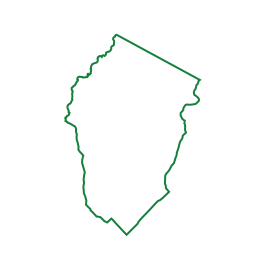 Tala, Canelones, Uruguay (Robinson projection), rotated 315°
{"feature_id": "84410073B98318272763816", "entity_name": "Tala", "entity_type": "district", "adm_level": 2, "iso_a3": "URY", "parent_name": "Uruguay", "parent_adm1": "Canelones", "projection": "robinson", "projection_center": [-55.755, -34.328], "detail": "fine", "context": "isolated", "style": "outline", "palette": "green", "viewbox_px": 256, "rotation_deg": 315, "n_neighbors": 0, "source": "geoboundaries", "source_scale": "gbopen_adm2", "svg_char_len": 4673}
<svg xmlns="http://www.w3.org/2000/svg" viewBox="0 0 256 256"><g transform="rotate(315 128 128)"><path d="M212.8,144.8L185.9,54.2L185.6,53.8L184.8,53.5L183.4,54.2L182.3,53.8L181.1,54.0L180.1,54.9L179.9,56.2L179.3,57.2L177.9,58.2L176.7,59.3L175.6,59.2L174.4,58.8L173.5,58.9L172.8,59.4L171.9,60.4L169.5,60.9L168.4,60.4L167.6,59.9L166.3,59.3L165.7,59.3L165.0,60.0L163.9,60.5L162.4,60.5L162.2,59.6L161.8,58.9L161.1,58.7L160.4,59.1L159.7,59.3L159.7,58.3L159.4,57.5L158.4,56.9L157.4,56.7L156.9,57.2L156.3,56.9L155.3,57.6L154.7,58.6L154.1,59.2L153.2,59.5L152.0,59.5L151.0,58.9L149.8,58.3L148.6,57.9L147.6,57.6L146.5,58.0L145.6,58.3L144.6,59.0L144.1,59.5L143.9,59.7L143.7,59.7L143.6,59.9L143.5,60.0L143.3,60.0L143.2,60.4L143.0,60.6L143.0,60.8L142.9,60.9L142.8,61.0L142.7,61.0L142.5,61.3L142.4,61.3L142.2,61.5L141.1,62.2L141.0,62.3L140.8,62.4L140.8,62.5L140.7,62.7L140.6,62.9L140.3,62.9L140.1,62.9L139.4,63.0L139.0,63.2L138.9,63.2L138.5,63.1L138.4,63.0L138.4,62.9L138.2,62.5L138.2,62.3L138.2,62.1L138.3,62.0L138.3,61.8L138.2,61.7L138.1,61.4L137.9,61.3L137.4,61.5L137.1,61.7L136.9,61.8L136.7,61.9L136.7,62.0L136.7,62.4L136.7,62.6L136.6,62.8L136.4,62.9L136.3,63.0L136.2,63.0L135.9,63.0L135.5,63.2L135.4,63.2L135.1,63.1L134.9,63.0L134.8,62.9L134.7,62.8L134.7,62.7L134.4,62.4L134.0,62.1L133.7,61.9L133.4,61.8L133.0,61.5L132.6,61.1L132.4,60.9L132.3,60.7L132.1,60.6L132.0,60.3L132.0,60.2L131.8,60.0L131.8,59.8L131.6,59.8L131.6,59.6L131.4,59.3L131.3,59.2L131.1,58.9L130.9,58.6L130.7,58.4L130.6,58.2L130.4,58.0L130.2,57.7L129.6,57.1L129.2,57.0L128.8,56.8L128.6,56.8L128.4,56.8L128.0,56.9L127.5,57.0L127.1,57.2L127.0,57.3L126.8,57.4L126.7,57.5L126.7,57.8L126.7,58.3L126.7,58.6L126.5,58.8L125.9,58.9L125.6,59.0L125.3,59.2L124.9,59.2L124.6,58.9L124.4,58.9L124.1,59.1L123.9,59.2L123.5,59.3L123.2,59.5L122.8,59.7L122.4,59.8L122.1,59.8L121.8,59.9L121.5,60.1L121.4,60.1L121.2,60.1L120.4,60.2L120.1,60.2L119.8,60.1L119.6,59.9L119.1,59.8L118.9,59.8L118.5,60.0L118.4,60.0L118.2,60.0L117.9,59.9L117.6,59.8L117.2,59.8L116.9,59.8L116.7,59.8L116.4,59.9L116.3,60.0L116.2,60.1L116.0,60.3L115.7,60.8L115.4,61.1L115.2,61.4L115.1,61.5L114.9,62.1L115.0,62.7L114.9,62.8L114.7,63.0L114.4,63.3L114.1,63.5L113.7,63.6L113.2,64.0L112.9,64.2L112.7,64.3L112.4,64.7L112.3,64.8L111.6,65.5L111.4,65.9L111.2,66.1L110.6,66.7L110.4,66.9L109.3,67.6L109.2,67.9L109.1,68.0L108.9,68.3L108.6,68.7L108.5,68.8L108.2,68.9L107.5,68.9L107.4,69.0L106.9,69.1L106.3,69.4L105.8,69.7L105.6,69.7L105.3,69.7L105.2,69.8L104.8,69.8L104.6,69.8L104.4,69.7L104.1,69.8L103.9,69.7L103.5,69.5L103.0,69.5L102.7,69.5L102.6,69.4L102.2,69.3L101.8,69.4L101.5,69.5L101.1,69.6L100.8,69.8L100.7,69.9L100.5,70.0L100.4,70.0L100.2,70.1L99.4,71.0L99.2,71.4L99.0,72.0L98.9,72.3L98.7,72.9L98.7,73.0L98.4,73.6L98.1,73.9L98.0,74.0L97.9,74.1L97.6,74.4L97.4,74.6L97.2,74.8L97.1,75.2L97.4,75.3L97.5,75.5L97.5,75.9L97.4,76.0L96.9,76.1L96.5,76.3L96.0,76.6L95.9,76.6L95.6,76.8L95.2,76.9L94.7,76.8L94.3,76.7L94.2,76.7L93.9,76.5L93.7,76.4L93.4,76.5L92.9,76.5L92.4,76.6L92.1,76.8L91.9,76.9L91.6,76.7L91.4,76.7L91.2,76.4L90.9,76.4L90.8,76.5L90.7,76.7L90.5,76.9L90.5,77.0L90.4,77.4L90.3,77.5L90.2,77.6L89.9,77.8L89.8,78.0L89.7,78.2L89.7,78.3L89.6,78.5L89.3,78.6L89.1,78.6L88.9,78.8L88.7,78.9L88.6,79.0L88.8,79.3L89.0,79.4L89.1,79.5L89.0,79.8L89.1,80.0L89.1,80.4L89.1,80.7L89.3,80.8L89.4,81.0L89.4,81.3L89.3,81.5L89.2,81.9L90.1,83.8L91.0,87.3L91.6,89.7L90.8,91.7L88.8,93.6L87.2,96.4L85.0,98.2L83.0,100.7L82.3,102.4L80.8,104.7L79.7,106.4L77.6,108.2L77.1,111.1L77.1,114.0L76.8,116.0L74.6,117.2L72.9,118.3L70.8,120.3L69.3,123.0L67.9,125.6L66.1,128.8L63.3,130.6L60.1,133.1L58.4,135.5L55.0,137.9L51.9,141.6L50.6,143.0L50.1,144.3L49.6,145.8L47.2,149.9L44.1,152.5L44.0,155.1L44.1,158.8L43.3,159.6L43.4,161.4L43.2,168.4L44.0,169.3L45.4,171.5L45.5,174.1L45.4,176.6L46.0,178.9L46.5,180.1L51.2,180.2L52.2,180.3L52.3,181.8L52.0,186.7L51.5,202.5L66.7,202.5L69.3,201.8L72.8,201.4L84.4,201.2L94.0,200.8L97.8,200.8L99.3,201.6L102.9,202.0L111.9,202.2L112.3,197.3L113.8,195.7L114.8,193.4L116.7,191.7L118.4,190.1L121.0,187.8L122.7,187.4L125.4,187.2L127.7,186.9L129.9,186.2L132.4,185.4L135.6,185.4L140.3,182.8L142.8,181.8L145.1,180.0L150.1,177.5L152.3,176.1L154.6,174.8L156.3,174.2L157.8,174.1L159.3,173.6L161.3,172.2L162.3,172.1L165.4,172.3L166.0,172.0L166.5,170.5L167.3,169.3L169.7,167.2L170.7,165.8L171.2,164.5L173.3,163.0L173.0,161.3L172.9,159.8L174.2,156.1L176.0,154.6L178.4,154.5L179.9,154.3L181.2,153.1L184.7,152.4L186.2,152.9L187.2,154.3L189.6,156.5L192.8,158.8L195.0,158.9L197.1,158.9L198.2,158.2L198.9,156.9L198.9,154.2L198.4,151.3L199.7,149.4L201.5,148.4L203.5,148.1L206.8,146.1L208.5,146.1L209.9,145.4L211.1,144.7L212.8,144.8Z" fill="none" stroke="#15803d" stroke-width="2"/></g></svg>